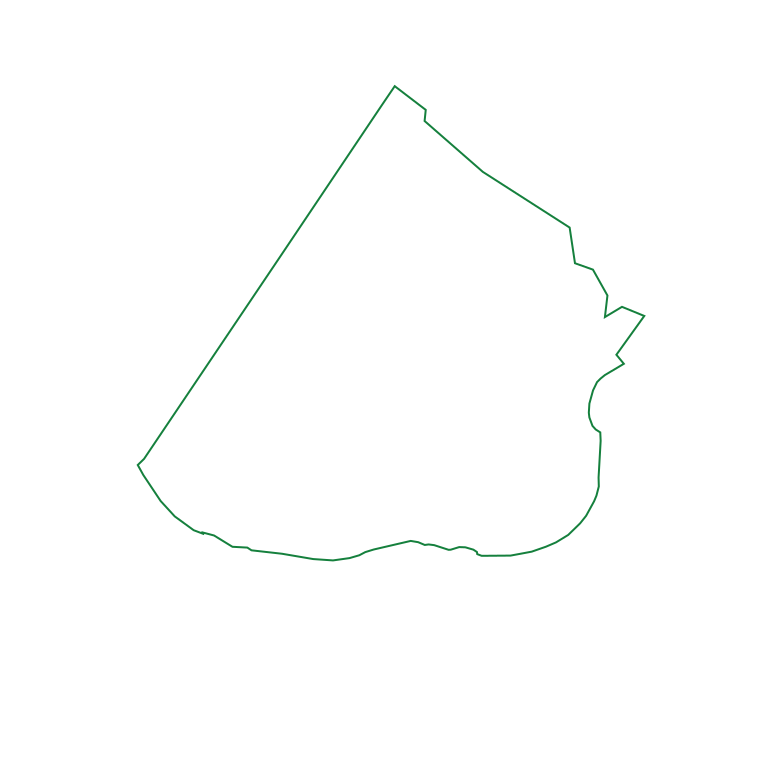 outline of Ballard, Kentucky, United States of America, rotated 233°
{"feature_id": "52423323B48879080073221", "entity_name": "Ballard", "entity_type": "district", "adm_level": 2, "iso_a3": "USA", "parent_name": "United States of America", "parent_adm1": "Kentucky", "projection": "mercator", "projection_center": [-89.072, 37.073], "detail": "fine", "context": "isolated", "style": "outline", "palette": "green", "viewbox_px": 768, "rotation_deg": 233, "n_neighbors": 0, "source": "geoboundaries", "source_scale": "gbopen_adm2", "svg_char_len": 1018}
<svg xmlns="http://www.w3.org/2000/svg" viewBox="0 0 768 768"><g transform="rotate(233 384 384)"><path d="M467.5,138.6L456.1,137.0L424.9,135.2L404.2,137.2L381.8,144.0L372.3,150.0L375.6,149.0L365.3,157.1L345.2,165.0L335.6,176.4L330.9,178.1L309.8,200.4L286.8,222.1L273.8,237.1L265.7,251.7L262.1,261.2L261.0,267.9L258.0,276.2L242.6,310.9L237.1,316.1L230.9,319.7L229.0,323.1L225.1,327.1L212.7,335.8L211.5,337.6L208.5,345.9L204.6,350.7L197.9,355.7L193.9,357.1L192.0,356.1L188.0,358.6L170.8,381.8L166.0,391.4L161.2,401.1L156.6,415.4L154.0,426.0L152.6,440.3L154.7,456.8L157.1,466.1L163.9,481.2L167.0,486.5L172.9,493.9L180.2,499.1L208.2,522.8L215.2,527.6L220.3,525.7L225.1,525.3L233.7,527.9L237.8,530.3L244.8,536.3L253.1,547.1L257.3,555.3L258.0,560.2L258.2,565.8L255.8,587.7L267.5,587.2L281.7,632.8L302.4,620.5L304.5,600.7L320.2,615.7L349.6,619.7L365.5,609.2L397.2,626.4L493.9,590.6L569.6,574.7L577.8,582.3L615.4,571.8L608.1,550.4L548.2,377.7L468.6,147.3L467.5,138.6Z" fill="none" stroke="#15803d" stroke-width="2"/></g></svg>